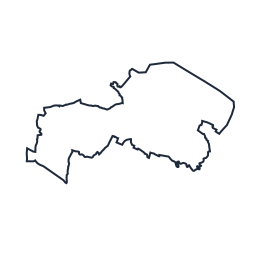 Onicha, Ebonyi, Nigeria (Natural Earth projection), rotated 120°
{"feature_id": "59680162B38335311272259", "entity_name": "Onicha", "entity_type": "district", "adm_level": 2, "iso_a3": "NGA", "parent_name": "Nigeria", "parent_adm1": "Ebonyi", "projection": "natural_earth1", "projection_center": [7.874, 6.105], "detail": "fine", "context": "isolated", "style": "outline", "palette": "slate", "viewbox_px": 256, "rotation_deg": 120, "n_neighbors": 0, "source": "geoboundaries", "source_scale": "gbopen_adm2", "svg_char_len": 5229}
<svg xmlns="http://www.w3.org/2000/svg" viewBox="0 0 256 256"><g transform="rotate(120 128 128)"><path d="M48.6,121.3L52.8,128.4L58.7,136.0L62.2,140.6L70.9,140.5L74.7,146.4L74.7,154.0L75.0,154.2L75.8,154.3L76.5,154.7L76.9,154.8L77.3,155.1L77.7,155.0L78.3,154.9L79.8,154.2L80.5,153.8L81.4,152.9L82.2,151.8L85.5,152.4L94.1,153.9L94.4,154.0L95.6,154.3L95.8,154.4L96.1,154.6L96.4,154.7L96.6,155.1L96.3,155.5L96.1,155.7L96.1,156.0L96.7,156.0L96.8,156.4L96.6,156.6L97.0,157.3L97.2,157.7L96.8,158.0L96.4,158.7L95.6,158.9L95.2,159.0L95.0,159.4L94.9,160.2L94.9,161.3L94.6,161.5L95.1,162.9L95.5,163.5L97.5,163.0L98.0,164.9L98.4,164.8L99.8,164.3L99.8,164.0L99.9,163.5L100.0,163.1L100.0,162.5L99.6,161.0L100.1,160.7L100.6,160.3L100.4,159.7L101.5,154.5L102.4,153.5L102.7,152.6L103.2,151.9L103.9,151.6L103.7,151.1L103.9,150.4L104.4,149.0L104.5,148.3L104.7,148.1L105.1,148.1L106.4,146.9L108.2,145.6L109.1,145.0L109.2,145.4L109.4,145.7L110.7,146.9L112.2,148.5L113.2,149.9L114.2,150.7L115.6,151.4L117.1,152.1L118.6,153.1L119.9,153.3L121.3,154.4L122.5,155.3L122.9,157.4L123.0,158.5L123.5,159.2L123.8,160.3L123.7,161.1L123.9,161.7L124.0,162.1L124.3,162.4L124.3,163.2L124.2,163.6L124.2,163.9L124.1,164.1L124.2,164.7L124.0,165.1L124.3,165.5L124.5,166.2L124.8,166.7L125.1,167.8L125.6,168.2L126.0,168.7L126.6,169.5L126.8,170.8L127.5,172.1L128.0,173.1L130.0,181.3L127.4,183.5L130.9,186.1L133.6,187.6L136.0,190.3L136.8,191.1L137.6,191.8L138.5,192.7L138.8,193.5L139.5,193.8L140.3,194.6L141.1,195.1L141.8,195.8L142.1,197.1L142.9,198.8L143.5,198.5L143.5,199.3L144.0,200.9L145.4,203.1L148.9,206.0L152.4,210.7L154.7,209.4L155.6,208.0L156.4,206.7L159.7,207.2L160.2,209.8L161.4,212.2L163.1,211.7L164.9,211.0L167.9,210.3L170.2,208.7L171.1,208.2L172.6,206.1L172.5,203.4L173.3,202.8L175.0,203.0L175.8,202.2L176.2,200.2L177.2,199.7L179.5,202.6L182.5,201.1L183.3,201.2L184.7,200.0L187.1,199.3L189.0,199.2L191.0,198.5L195.0,196.3L195.4,197.2L195.8,198.4L196.0,205.2L200.5,203.1L204.9,200.2L207.4,199.0L205.1,194.9L204.1,193.2L203.5,192.7L203.1,192.5L202.5,192.2L203.0,191.3L203.1,190.6L203.4,190.0L203.8,188.8L203.8,187.9L203.9,185.8L203.7,184.6L203.4,182.2L203.5,180.6L204.3,171.7L205.2,161.3L205.5,157.7L206.6,154.9L206.5,153.8L205.2,154.0L203.4,155.3L202.1,156.1L199.9,157.3L199.5,157.5L197.6,157.3L196.2,158.4L193.9,159.4L192.2,159.9L191.8,160.4L190.2,160.6L187.9,161.4L187.3,162.4L185.3,163.5L183.7,164.1L182.4,164.1L179.7,164.2L177.9,164.3L177.0,164.1L175.1,165.2L174.5,162.0L173.5,159.8L173.2,158.6L173.7,158.1L174.7,157.6L175.0,156.8L175.0,156.1L174.0,154.9L173.8,154.0L174.1,152.3L174.6,151.6L174.6,150.7L173.2,148.9L172.0,144.9L171.0,144.0L168.9,144.0L166.2,142.5L165.1,142.9L164.1,142.5L164.2,141.2L165.3,139.8L164.8,139.6L164.2,139.5L163.9,139.4L163.4,139.2L162.2,139.1L161.4,139.0L159.6,138.5L158.8,138.3L157.9,138.1L156.6,137.9L155.8,137.5L154.5,137.1L154.0,136.8L153.2,136.6L152.2,136.7L150.9,136.8L150.2,136.9L149.3,137.0L148.8,137.0L147.8,137.1L146.8,137.1L145.5,137.1L144.8,137.3L144.2,137.3L143.4,137.3L142.6,137.4L142.5,137.1L142.5,136.8L142.4,136.6L142.3,136.1L142.1,135.7L142.5,135.2L142.0,134.5L142.1,132.9L141.8,131.5L145.8,130.7L146.2,130.7L146.1,129.7L145.9,128.1L145.4,124.6L144.5,124.6L143.7,124.7L143.2,124.7L140.8,124.3L139.2,123.4L138.4,122.7L137.2,121.3L136.8,120.9L136.4,120.3L136.2,119.8L137.0,119.3L138.1,118.8L138.6,118.5L138.9,118.3L140.6,116.0L140.2,113.7L141.4,113.4L142.3,113.3L141.8,108.9L140.8,108.9L140.7,107.5L140.8,105.9L141.0,104.5L141.0,103.4L141.4,101.0L141.9,100.7L141.5,98.4L142.4,97.4L143.6,96.5L143.4,94.9L142.6,95.1L138.1,96.3L138.0,95.7L137.4,93.5L137.1,92.3L137.3,91.3L137.3,90.6L137.2,90.1L137.1,88.9L137.1,87.4L136.8,86.8L135.7,87.4L132.8,79.4L132.6,79.0L132.5,78.6L132.5,78.2L133.3,76.4L133.8,74.8L134.2,73.5L133.9,71.7L133.9,70.7L134.0,69.6L134.8,69.1L136.8,67.0L137.1,65.7L136.5,64.9L136.0,65.0L134.9,65.9L134.0,67.0L133.2,68.4L132.5,68.3L131.7,67.3L132.7,65.5L132.7,64.6L132.4,64.2L131.7,63.6L131.1,63.2L130.5,62.5L130.2,61.3L130.1,60.7L130.0,60.2L130.1,59.7L130.5,59.1L131.4,58.5L132.1,57.7L132.1,57.4L131.9,56.9L131.0,56.8L130.2,56.9L129.7,56.4L131.3,53.5L132.4,50.7L132.4,50.2L132.2,49.5L129.4,48.1L128.4,46.8L128.2,45.7L127.8,45.5L127.2,45.7L127.1,46.0L127.1,46.3L127.7,46.8L127.8,47.5L127.2,48.7L126.8,49.0L126.6,49.0L126.4,48.9L126.2,48.0L126.1,47.4L125.8,46.8L125.0,46.1L124.3,45.8L124.1,45.9L124.1,47.2L123.3,48.3L122.7,48.4L122.2,47.9L120.5,46.5L119.6,46.1L119.0,46.0L117.6,46.6L117.3,46.9L117.0,47.1L116.8,47.2L116.4,47.1L115.6,46.2L114.9,45.5L113.8,45.2L112.4,45.0L111.4,45.1L108.9,46.6L108.2,46.5L107.3,45.3L103.1,48.7L102.4,49.1L101.0,50.3L100.5,51.3L100.0,52.0L99.2,52.2L99.0,53.0L99.0,54.0L98.6,54.6L97.9,54.9L97.9,56.0L97.6,56.6L96.8,56.9L95.2,59.1L95.8,60.4L95.6,61.5L95.1,66.3L90.2,67.2L89.5,66.8L89.0,66.6L88.8,66.4L88.8,66.0L88.6,65.9L88.2,65.9L87.9,66.2L86.7,66.4L86.1,66.6L85.6,66.8L84.8,67.3L84.2,65.0L83.6,62.7L83.3,60.4L82.9,55.9L83.7,55.3L84.1,55.7L85.2,55.1L85.5,54.6L85.5,54.2L85.5,53.9L85.4,53.5L85.5,53.3L85.2,50.5L85.8,50.5L87.2,50.4L87.2,49.6L87.2,49.3L87.2,49.0L87.4,48.4L87.3,47.3L87.4,46.1L83.1,45.4L78.7,44.4L75.9,43.8L64.8,44.8L56.8,46.6L52.3,49.8L50.0,66.9L49.3,85.7L49.3,87.6L49.1,99.5L48.9,109.1L48.6,121.3Z" fill="none" stroke="#1e293b" stroke-width="2"/></g></svg>